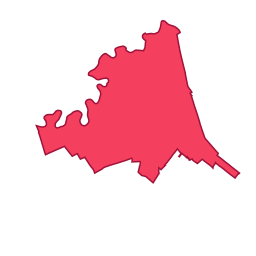 Filipesti, Bacau, Romania, rotated 248°
{"feature_id": "2599482B19318854106378", "entity_name": "Filipesti", "entity_type": "district", "adm_level": 2, "iso_a3": "ROU", "parent_name": "Romania", "parent_adm1": "Bacau", "projection": "orthographic", "projection_center": [26.901, 46.775], "detail": "fine", "context": "isolated", "style": "filled", "palette": "rose", "viewbox_px": 256, "rotation_deg": 248, "n_neighbors": 0, "source": "geoboundaries", "source_scale": "gbopen_adm2", "svg_char_len": 5813}
<svg xmlns="http://www.w3.org/2000/svg" viewBox="0 0 256 256"><g transform="rotate(248 128 128)"><path d="M197.0,212.1L198.2,212.2L199.9,211.9L202.0,210.9L203.9,209.7L205.8,208.0L207.5,205.7L208.8,204.4L210.1,203.6L211.2,203.2L212.2,202.6L213.2,202.2L214.5,200.5L214.5,199.5L214.1,198.8L211.2,197.0L209.4,195.9L207.9,194.6L206.6,193.3L205.7,192.3L205.4,191.1L205.4,189.5L205.4,188.0L205.8,186.7L206.7,185.5L207.6,182.7L207.8,181.3L208.0,180.5L208.5,179.9L209.5,179.5L209.5,179.0L209.3,177.8L208.9,176.9L208.3,176.2L207.4,175.7L206.5,175.5L205.4,175.6L204.2,176.0L202.4,177.1L196.2,173.9L193.9,171.4L195.1,168.9L196.2,166.7L197.1,164.8L197.4,163.7L197.2,163.0L196.9,161.7L196.8,160.9L196.7,160.1L196.8,159.5L197.1,158.5L197.5,157.8L198.2,157.1L199.4,156.2L200.4,155.6L201.1,155.3L201.6,155.3L201.9,155.5L202.2,156.0L202.3,156.1L202.8,156.1L203.5,156.0L204.1,155.7L205.0,155.0L205.6,154.4L205.7,154.1L206.1,152.5L206.6,149.1L206.6,148.5L206.4,146.5L206.1,145.8L205.9,145.5L205.5,145.3L204.4,145.0L201.3,144.8L200.3,144.5L199.8,144.1L199.2,143.5L198.7,142.4L198.5,141.7L198.5,140.8L198.7,140.3L199.0,139.7L199.4,139.2L200.7,138.3L201.5,137.9L202.2,137.3L203.1,136.8L205.2,135.4L205.4,135.0L205.7,134.0L205.6,133.4L205.4,132.5L204.9,131.1L204.7,130.6L203.4,128.4L203.0,127.8L201.8,126.7L200.7,126.0L198.7,124.9L197.8,124.0L197.2,123.4L196.9,122.8L195.3,119.6L195.1,118.5L195.0,117.6L194.9,116.9L194.9,115.5L194.8,114.9L194.6,114.2L194.4,113.7L194.3,113.2L193.8,112.2L192.7,111.5L192.1,111.3L191.8,111.3L191.3,111.8L190.5,112.8L189.5,114.0L188.2,115.1L186.5,116.2L185.0,117.0L184.4,117.7L183.7,119.0L183.6,119.4L183.6,119.9L183.5,120.6L183.4,122.1L183.4,122.6L182.6,126.1L181.9,127.1L181.5,127.5L181.2,127.7L180.3,127.9L179.5,127.8L178.2,127.2L177.8,126.8L177.5,125.9L177.1,125.2L176.8,124.9L176.1,124.7L175.4,124.2L174.9,123.5L174.8,123.2L175.1,121.8L175.3,121.4L175.7,120.7L176.3,120.2L177.4,119.6L178.3,119.0L178.8,118.6L179.0,118.3L179.3,117.6L179.4,116.8L179.4,116.4L179.3,116.1L178.8,115.4L178.4,115.0L178.1,114.9L176.8,114.9L175.8,115.0L174.8,115.4L173.9,115.6L173.1,115.8L172.5,115.9L171.8,115.9L170.1,115.6L169.5,115.3L169.0,115.0L166.8,113.3L165.7,112.5L164.4,111.4L163.2,110.1L162.9,109.6L162.6,109.0L162.5,108.4L162.5,107.8L162.8,107.1L163.2,106.6L164.3,106.0L166.1,105.5L166.9,105.2L167.9,104.6L168.4,104.1L168.7,103.7L169.1,102.8L169.2,102.3L169.3,101.7L169.3,100.9L169.2,100.3L168.9,99.6L168.3,98.8L168.1,98.6L167.6,98.2L166.6,97.9L164.5,98.0L162.3,97.9L161.1,97.9L159.8,97.7L159.2,97.5L158.4,97.0L155.8,95.6L155.1,95.3L153.3,95.0L150.6,94.8L150.0,94.7L149.6,94.6L148.7,94.1L148.1,93.7L147.6,93.0L146.9,91.8L146.4,90.5L146.3,89.0L146.4,88.3L146.7,87.8L147.2,87.1L147.9,86.4L148.7,86.0L151.0,85.7L152.1,85.9L153.0,86.2L153.7,86.7L155.6,88.6L156.6,89.6L157.1,89.9L157.5,90.2L158.4,90.4L159.3,90.4L161.3,89.4L161.9,88.9L162.5,88.3L162.8,87.8L163.0,87.2L163.3,85.3L163.3,84.1L163.3,83.4L163.2,82.9L162.7,81.6L162.2,79.7L161.9,77.4L161.5,76.4L161.1,75.7L160.7,75.3L159.2,74.5L157.2,72.9L155.3,71.8L154.8,71.0L154.2,69.4L154.0,68.0L154.2,67.5L154.3,66.7L154.4,63.3L154.6,62.5L154.9,62.0L155.1,61.7L155.4,61.5L156.2,61.2L157.0,61.2L157.3,61.2L158.9,62.1L159.3,62.2L160.6,64.1L161.6,66.4L162.2,67.4L162.7,68.0L162.9,68.2L163.2,68.4L165.0,70.4L166.4,71.7L166.7,71.9L167.5,72.2L167.8,72.2L168.5,72.2L169.0,72.0L169.3,71.7L169.8,71.1L170.2,70.5L170.5,69.9L170.7,68.9L170.6,67.4L170.3,66.9L169.7,66.0L168.8,63.9L168.7,63.4L168.9,62.5L170.0,60.0L170.5,58.4L170.5,58.2L170.6,57.4L170.5,56.7L170.1,55.5L169.7,54.7L169.5,54.4L169.1,54.1L168.6,53.9L167.1,54.0L165.3,54.4L164.5,54.4L163.2,54.2L162.1,53.8L161.6,53.5L161.1,52.9L160.7,52.4L160.6,52.1L160.6,51.0L160.7,50.2L160.9,49.1L161.2,48.5L161.8,47.5L162.7,46.2L164.5,43.9L159.7,44.0L158.6,44.1L158.2,44.0L157.7,43.5L152.1,43.1L137.2,41.7L134.1,41.5L134.3,44.4L134.6,54.5L134.8,62.2L122.7,65.7L123.3,71.3L117.0,72.2L117.0,77.0L115.9,77.1L115.9,77.3L113.7,77.6L107.5,78.8L106.4,79.1L104.1,79.8L102.1,80.3L101.4,80.4L98.6,80.2L99.0,82.7L99.6,88.2L100.2,89.9L100.4,91.4L100.4,92.9L100.2,95.4L100.3,95.8L100.0,98.9L99.9,101.0L99.6,103.3L99.1,109.8L99.0,111.2L98.8,113.7L98.6,118.4L98.6,120.0L97.8,120.1L97.4,120.1L96.3,119.7L95.5,119.3L95.1,119.0L92.4,126.6L92.0,126.7L91.4,126.6L89.8,125.6L89.1,125.3L88.4,124.4L88.0,124.2L87.1,123.7L83.3,120.9L79.7,122.5L79.0,122.8L78.6,123.3L76.7,125.9L76.1,126.5L67.8,130.8L73.6,138.8L74.0,139.6L74.3,139.8L75.0,140.0L76.2,140.2L79.5,141.7L77.0,143.0L79.4,148.6L79.9,148.3L81.3,151.1L84.7,156.9L86.4,159.5L88.3,163.0L90.1,165.9L84.5,167.7L82.6,164.5L82.1,164.8L84.3,168.5L84.1,168.6L83.6,168.7L80.3,170.6L79.8,170.6L79.6,171.0L79.3,171.1L79.2,171.4L79.2,171.8L78.7,171.5L78.7,172.1L78.2,172.0L78.0,172.4L77.8,172.6L77.7,172.4L77.4,172.9L77.1,172.8L76.9,172.4L76.7,172.4L76.4,173.1L76.1,173.1L75.8,172.9L75.2,172.8L75.1,173.5L75.3,175.9L73.7,176.1L72.2,177.0L69.1,179.0L71.2,185.1L68.0,186.8L67.2,187.4L64.7,188.8L63.2,189.8L61.1,190.9L59.1,191.7L59.5,191.9L59.7,192.2L60.2,192.4L61.4,193.9L61.7,194.3L61.7,194.5L61.8,194.8L63.1,196.2L62.6,196.3L61.1,197.1L58.8,198.4L58.2,198.6L57.3,199.4L53.1,201.9L52.3,202.2L49.4,203.9L46.7,205.4L44.6,206.7L41.5,208.5L41.9,209.3L42.4,209.7L42.7,210.1L42.8,210.7L44.0,212.4L44.0,212.7L43.9,213.0L43.9,213.4L44.4,214.5L46.3,213.4L48.8,212.0L49.7,211.4L50.5,211.0L53.6,209.2L57.3,207.2L58.1,206.7L58.4,206.4L59.1,206.2L59.5,205.8L62.9,204.0L63.3,203.7L64.3,203.2L69.2,200.3L69.6,200.8L70.4,202.0L71.2,202.0L71.5,202.0L72.1,201.6L78.7,199.3L84.8,197.2L85.8,196.9L89.7,195.5L99.7,196.0L105.8,196.4L106.1,196.6L115.5,197.4L120.7,197.7L124.1,197.9L134.1,198.8L134.1,199.3L137.0,198.6L137.2,200.6L140.0,200.1L140.8,199.8L143.9,199.1L145.1,199.2L150.4,200.2L156.1,201.3L157.5,201.7L171.7,203.7L179.8,205.0L190.0,207.0L196.4,208.4L197.0,212.1Z" fill="#f43f5e" stroke="#9f1239" stroke-width="1.5"/></g></svg>